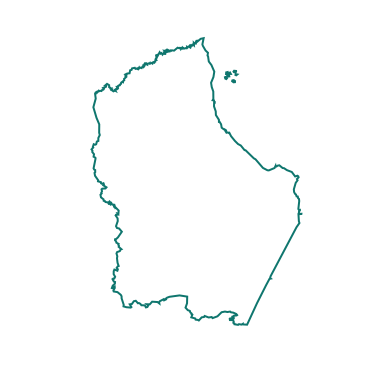 the district of Rembang, Jawa Tengah, Indonesia, rotated 72°
{"feature_id": "22746128B94981829239468", "entity_name": "Rembang", "entity_type": "district", "adm_level": 2, "iso_a3": "IDN", "parent_name": "Indonesia", "parent_adm1": "Jawa Tengah", "projection": "robinson", "projection_center": [111.414, -6.77], "detail": "fine", "context": "isolated", "style": "outline", "palette": "teal", "viewbox_px": 384, "rotation_deg": 72, "n_neighbors": 0, "source": "geoboundaries", "source_scale": "gbopen_adm2", "svg_char_len": 5924}
<svg xmlns="http://www.w3.org/2000/svg" viewBox="0 0 384 384"><g transform="rotate(72 192 192)"><path d="M262.4,297.2L264.2,293.8L267.8,291.5L269.4,291.2L271.4,291.8L278.1,291.8L279.6,292.5L281.3,290.0L283.0,286.0L282.7,285.2L279.6,285.9L279.9,283.7L277.9,281.1L278.1,279.1L281.1,277.8L281.2,276.8L282.4,275.7L284.1,275.1L285.2,271.9L287.5,271.5L287.6,270.0L286.4,268.7L284.8,269.6L285.8,266.9L284.0,263.8L286.0,258.8L287.9,257.5L286.5,257.3L285.9,256.3L285.2,252.1L286.4,252.0L286.1,249.9L285.4,250.0L284.8,248.4L284.7,245.8L286.5,235.8L290.0,228.9L296.3,231.1L300.0,233.9L303.1,232.5L304.4,230.8L306.0,230.8L307.5,229.9L308.2,230.2L308.8,229.6L311.0,231.4L313.3,228.0L314.5,228.0L315.5,225.9L316.3,225.2L314.2,221.5L314.6,219.2L313.8,218.3L316.5,214.9L317.0,211.9L318.3,211.4L318.1,206.2L315.5,201.0L315.9,197.6L317.1,195.4L317.5,192.7L318.4,192.2L319.5,190.0L321.7,187.6L323.0,187.1L323.2,187.7L322.6,190.4L323.0,190.7L323.0,192.2L323.8,192.6L324.9,191.2L325.3,191.6L324.0,194.8L324.2,195.3L325.5,195.5L326.5,192.7L327.9,192.3L329.2,193.1L330.2,192.3L330.9,192.5L332.6,189.2L332.2,188.2L333.4,185.9L333.1,184.5L333.6,184.7L335.2,180.6L317.8,164.5L303.5,150.3L298.6,145.2L298.7,143.9L298.0,144.4L296.3,143.2L257.8,103.5L254.7,99.4L252.9,99.4L246.0,97.6L246.7,94.8L246.5,94.7L245.8,97.3L245.4,97.1L245.6,96.1L245.3,96.8L244.4,96.6L242.9,95.9L242.9,95.1L242.3,94.9L242.1,95.8L241.0,96.1L233.7,92.8L231.7,92.4L230.6,93.0L229.0,92.8L228.5,93.9L226.5,93.9L225.5,94.6L223.5,94.9L220.9,94.3L215.3,90.5L213.5,88.0L212.1,88.2L211.0,86.1L209.9,86.1L209.1,86.7L209.1,89.1L203.8,90.9L200.5,95.0L197.8,97.1L197.2,98.4L193.6,100.7L193.4,102.4L193.9,104.0L193.7,104.6L193.0,104.5L194.7,106.1L195.2,112.3L194.6,113.6L191.0,117.1L180.5,121.5L179.1,122.8L168.8,128.2L168.4,129.1L162.9,131.2L160.6,133.4L156.7,135.4L151.0,137.6L147.2,138.2L147.3,138.8L146.4,139.5L146.3,140.9L144.3,141.4L144.2,140.6L143.8,140.6L142.2,141.9L142.2,142.4L140.0,143.9L136.6,143.4L133.7,144.1L133.6,144.7L131.6,144.1L126.2,145.5L122.6,144.5L117.4,144.6L114.2,143.5L114.3,142.9L113.6,142.6L113.4,143.1L111.7,142.8L111.1,144.0L110.0,142.9L103.0,140.7L98.3,140.8L94.0,140.1L89.3,136.1L84.4,133.6L77.2,134.3L73.1,135.7L67.9,134.8L67.1,135.1L64.5,133.8L61.6,135.4L56.3,136.5L54.8,136.5L49.3,133.4L49.0,136.4L50.0,138.9L49.6,141.1L50.5,142.0L50.9,141.1L51.4,142.4L52.0,142.5L51.7,143.8L50.8,144.2L52.7,144.7L51.7,145.1L52.9,146.2L52.3,146.9L52.9,147.7L52.2,148.5L53.2,148.8L53.5,148.3L54.2,148.9L53.2,149.7L52.3,149.1L52.9,151.3L52.4,151.8L53.5,152.0L53.6,152.8L54.5,153.2L53.2,152.8L53.2,155.3L52.4,155.6L52.6,156.6L51.6,156.7L52.6,158.3L51.5,158.2L51.1,159.2L51.4,159.6L50.3,161.1L52.0,165.4L51.1,167.2L51.3,168.1L50.7,168.4L50.6,169.7L51.4,169.9L51.2,170.9L50.4,171.7L49.3,171.1L48.8,171.7L48.9,172.5L49.7,173.2L49.2,174.4L50.0,174.0L50.3,174.6L51.1,173.3L51.1,174.2L52.0,174.6L51.1,175.5L52.1,175.6L51.6,176.8L52.2,177.6L50.4,178.1L50.7,179.2L49.1,179.6L51.5,182.1L50.8,182.4L51.0,184.7L51.5,183.5L52.0,183.9L52.7,183.4L54.1,184.7L53.8,185.0L54.2,185.4L55.5,185.2L55.3,186.1L56.7,186.7L56.6,187.5L57.3,187.9L56.6,188.7L57.6,189.8L56.8,190.2L57.0,192.2L56.5,192.2L56.8,192.6L56.3,193.1L56.5,195.0L57.1,195.2L56.2,196.1L55.4,195.8L55.0,197.0L56.0,198.1L56.3,197.5L56.4,198.8L57.4,198.3L58.2,199.4L57.4,199.7L57.4,200.3L58.6,201.6L57.8,202.6L58.0,203.5L57.2,203.7L58.7,205.2L58.1,206.0L57.5,205.6L57.4,207.7L56.2,208.0L55.9,210.8L57.2,211.8L57.1,213.2L59.8,214.7L59.3,217.0L59.6,219.0L60.5,218.3L61.1,219.5L62.2,218.9L63.5,221.7L64.8,221.9L65.2,223.2L66.3,223.7L65.7,224.4L66.1,225.6L67.2,226.1L67.6,227.6L68.2,227.7L68.2,229.4L69.1,229.8L68.8,230.9L70.7,230.5L71.1,231.8L70.5,232.2L71.0,233.7L72.2,233.5L71.8,233.9L72.0,235.6L70.5,236.7L70.1,236.4L69.9,237.1L69.2,236.7L69.3,237.2L68.6,237.6L67.6,236.5L67.9,237.2L66.7,238.4L64.8,237.8L62.9,239.4L63.7,241.3L64.0,240.6L65.3,241.2L65.5,244.3L66.6,243.8L67.3,244.7L67.0,245.7L68.0,246.9L67.3,248.3L67.5,249.4L66.9,249.6L68.2,251.7L67.3,251.7L67.6,252.9L68.5,253.8L73.4,254.7L80.9,259.6L91.9,259.9L99.0,259.3L107.0,262.0L109.3,262.1L111.7,264.4L114.5,265.3L114.6,266.9L117.0,268.4L117.1,269.6L116.2,270.7L118.5,272.4L119.2,272.2L120.4,274.4L122.0,273.9L123.1,274.5L125.8,273.5L128.0,274.7L129.5,273.3L130.4,273.4L139.1,278.3L140.4,278.1L141.2,277.3L143.2,277.9L143.7,278.8L146.6,279.2L151.9,277.6L152.8,278.1L154.5,275.6L155.6,275.8L156.3,275.2L156.3,273.5L157.5,273.4L158.2,274.3L161.1,271.9L161.9,273.2L161.1,276.3L161.5,277.2L163.6,277.4L164.8,278.6L165.5,278.4L166.3,279.9L169.0,280.2L171.7,278.4L173.1,278.7L173.8,277.6L174.8,277.4L176.2,274.6L175.5,273.4L176.2,273.1L177.2,274.9L177.6,274.8L177.7,274.1L178.8,273.3L177.9,272.1L178.9,272.0L180.1,270.1L180.5,270.0L180.5,270.6L181.2,270.1L181.8,270.7L182.7,270.4L183.0,270.1L182.5,269.8L183.6,269.8L183.5,269.2L187.0,267.5L189.9,268.7L189.4,269.5L190.7,269.3L190.2,271.3L190.7,271.9L194.1,270.9L196.7,271.6L201.0,274.8L203.0,274.5L204.2,272.6L208.1,271.0L212.3,276.5L213.3,278.7L213.2,279.8L214.2,280.1L215.5,279.4L216.8,279.6L218.7,277.8L219.4,278.4L220.7,278.1L221.5,278.7L224.6,276.8L224.7,277.8L225.9,278.9L226.0,281.8L227.1,282.8L230.1,282.9L231.8,283.8L236.4,284.7L239.7,284.6L239.8,285.7L240.9,287.1L242.6,286.4L243.8,287.3L241.8,289.8L243.1,290.9L245.9,291.9L248.9,291.3L250.3,292.7L250.0,293.6L250.3,294.5L253.1,294.0L253.8,293.0L255.4,293.7L256.6,296.3L258.6,297.9L258.9,297.5L258.2,294.8L259.4,295.1L261.4,297.2L262.4,297.2ZM99.0,119.6L100.5,118.6L100.8,117.2L99.8,116.8L98.5,117.7L98.3,119.1L99.0,119.6ZM92.2,122.5L93.5,121.6L93.6,120.8L91.4,120.6L91.0,122.5L92.2,122.5ZM91.0,115.1L91.8,113.9L91.2,112.9L90.5,112.7L89.7,114.5L90.3,115.3L91.0,115.1ZM90.2,123.1L90.5,121.3L88.9,121.0L88.8,122.5L90.2,123.1ZM94.4,125.3L95.2,124.5L94.6,123.5L93.5,123.7L92.9,124.6L93.0,125.2L94.4,125.3ZM91.3,119.8L91.7,118.6L90.1,118.9L90.4,119.8L91.3,119.8ZM94.1,114.5L94.7,113.9L94.2,112.6L93.4,114.0L94.1,114.5Z" fill="none" stroke="#0f766e" stroke-width="2"/></g></svg>